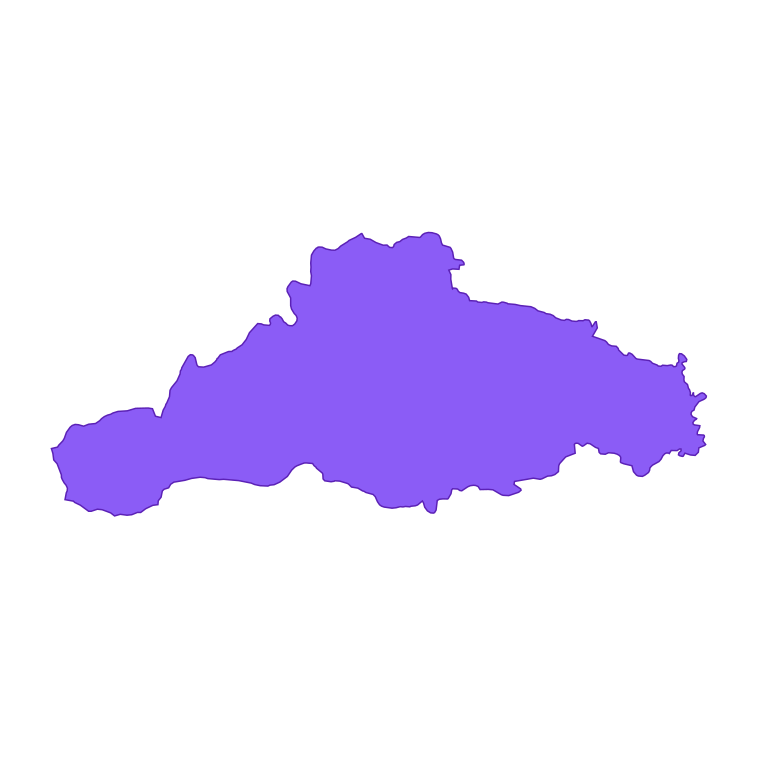 Orotina, Alajuela, Costa Rica (orthographic projection), rotated 185°
{"feature_id": "36466004B51019647816434", "entity_name": "Orotina", "entity_type": "district", "adm_level": 2, "iso_a3": "CRI", "parent_name": "Costa Rica", "parent_adm1": "Alajuela", "projection": "orthographic", "projection_center": [-84.58, 9.893], "detail": "fine", "context": "isolated", "style": "filled", "palette": "violet", "viewbox_px": 768, "rotation_deg": 185, "n_neighbors": 0, "source": "geoboundaries", "source_scale": "gbopen_adm2", "svg_char_len": 6071}
<svg xmlns="http://www.w3.org/2000/svg" viewBox="0 0 768 768"><g transform="rotate(185 384 384)"><path d="M691.7,241.0L683.1,240.2L681.9,239.1L675.9,236.8L667.2,231.5L664.6,231.7L658.6,234.3L653.8,234.2L645.1,231.8L640.9,229.1L635.4,231.2L628.6,230.9L623.9,231.8L618.4,234.6L615.2,234.8L610.5,239.0L603.7,243.0L598.7,244.1L598.7,248.0L596.2,251.8L595.5,258.1L593.9,260.0L589.5,261.8L587.8,265.5L584.8,267.9L574.0,270.7L567.4,273.2L559.0,275.1L554.0,275.1L551.3,274.4L539.7,274.4L535.5,275.1L520.3,275.1L507.6,273.7L504.2,272.6L498.6,271.9L490.7,272.2L488.8,273.3L484.7,274.1L479.2,277.2L472.2,283.5L468.5,290.1L465.7,293.4L463.7,294.9L459.3,297.1L456.7,298.3L454.7,298.6L448.2,298.6L446.6,296.6L444.3,295.0L444.0,294.3L437.7,289.9L437.1,288.9L436.4,284.1L434.6,282.4L428.2,282.0L425.1,282.8L424.6,283.3L419.6,283.4L412.0,281.8L410.7,281.3L407.4,278.5L401.0,278.0L396.0,275.6L394.6,275.4L392.7,274.4L385.2,273.0L382.9,271.0L380.2,266.1L377.9,263.3L375.8,262.1L373.1,261.4L365.2,261.0L361.1,261.8L357.2,263.2L354.4,263.2L351.9,263.9L347.6,263.9L346.4,264.6L342.2,265.4L340.0,266.4L335.6,270.8L334.3,269.0L332.7,264.8L329.7,261.4L326.3,259.7L323.5,259.7L322.4,260.3L321.1,263.0L320.8,272.6L318.8,274.0L315.2,274.7L310.7,275.0L310.1,275.4L307.7,280.5L307.3,284.5L306.5,285.6L301.4,285.8L299.1,284.5L297.2,284.4L291.6,288.9L289.2,290.2L286.1,290.9L283.8,290.9L281.3,290.1L279.1,287.2L270.9,288.1L266.3,288.1L257.4,283.9L255.6,283.5L250.0,283.7L240.4,287.9L238.2,290.1L238.7,291.4L245.7,295.3L245.5,298.3L227.0,303.2L220.2,302.7L218.4,303.3L213.0,306.5L209.1,307.2L205.9,308.7L202.6,311.9L202.8,317.8L202.1,320.0L197.2,326.5L196.5,327.3L187.5,331.7L189.1,340.4L188.4,341.4L187.2,341.8L185.4,341.8L181.1,339.3L179.9,339.8L176.5,342.7L173.4,342.4L167.8,339.3L164.8,338.5L163.7,334.6L162.1,333.3L157.5,333.3L154.3,335.1L148.7,335.1L145.6,334.4L143.2,333.3L142.1,332.1L141.7,331.1L141.7,327.0L141.1,326.3L138.0,325.4L129.9,324.2L127.8,318.4L124.5,315.2L122.7,314.5L118.5,314.5L116.2,315.9L112.8,318.9L111.9,321.1L111.8,323.4L110.9,324.9L109.4,326.6L103.3,330.7L101.4,333.3L99.9,336.9L98.2,339.0L96.6,339.9L94.3,340.0L93.8,339.6L92.1,342.8L86.2,343.2L84.0,345.0L82.5,345.1L82.2,343.4L84.2,341.2L84.5,339.1L83.1,338.3L80.4,337.9L79.6,338.2L78.2,341.3L72.4,340.0L67.8,340.0L64.9,343.4L64.8,347.8L59.1,350.8L58.3,351.8L61.3,355.0L61.0,357.6L60.2,359.3L60.5,360.6L61.2,361.0L67.2,360.8L67.6,361.4L67.6,363.7L65.8,368.1L65.7,370.0L71.2,370.3L72.5,371.0L72.9,372.6L71.5,374.9L69.7,376.2L69.5,376.8L73.8,378.3L75.4,380.4L75.5,382.2L74.7,383.8L72.9,385.0L72.3,388.2L68.7,393.9L63.4,397.0L62.0,398.5L61.8,400.1L64.2,402.3L66.3,402.9L68.0,402.2L72.4,398.6L73.3,398.6L74.6,399.7L75.0,402.7L76.2,399.4L77.5,399.2L78.0,399.7L78.0,402.1L79.2,405.0L80.3,406.2L81.6,409.9L85.0,412.4L85.6,414.4L85.7,417.6L87.7,419.9L88.2,421.6L87.9,423.3L85.8,425.1L85.6,425.9L85.9,426.7L88.9,429.9L88.8,431.2L86.9,432.3L84.8,432.8L84.5,434.9L87.2,438.1L90.2,440.0L92.3,440.0L93.0,438.4L93.0,435.2L92.3,433.2L92.4,431.4L93.9,430.2L94.2,427.6L95.2,426.8L96.9,426.5L98.7,427.9L100.1,427.9L103.4,427.0L108.1,427.0L109.6,425.8L112.4,425.8L113.5,426.7L118.4,428.1L120.4,429.8L122.0,430.5L133.8,430.9L135.3,431.4L139.4,435.2L141.9,436.3L143.1,436.1L144.0,433.8L145.3,433.5L147.6,433.7L153.2,438.3L153.9,440.0L155.9,441.8L160.5,441.8L162.7,442.5L163.9,443.0L166.0,445.3L167.8,446.5L180.5,449.7L176.4,458.5L178.0,464.5L178.8,464.4L181.6,459.3L182.0,459.3L183.1,462.3L184.7,464.8L185.7,465.5L189.4,465.5L191.2,464.4L195.8,464.1L196.8,463.4L198.1,463.1L202.3,463.1L205.7,464.3L208.0,464.3L209.8,463.1L213.0,463.2L218.7,464.9L221.4,466.9L224.6,468.0L228.7,468.2L230.6,469.2L237.0,470.3L240.4,472.5L244.4,473.8L255.0,474.0L260.3,474.7L267.7,474.7L268.3,475.2L271.9,475.9L273.7,475.9L277.4,473.6L287.6,474.0L289.1,474.5L291.9,474.5L293.5,473.8L297.7,473.8L299.1,474.7L306.0,474.5L307.2,477.7L309.9,480.7L312.5,481.4L316.5,481.7L318.2,483.0L319.3,484.8L320.6,485.6L323.4,485.6L323.9,484.7L324.2,485.0L326.6,494.2L326.9,498.8L329.4,503.1L325.7,504.6L319.3,504.8L319.0,508.9L314.8,509.7L314.6,510.4L315.2,512.1L317.5,514.1L323.9,514.3L325.1,514.9L325.6,515.6L327.1,521.4L329.1,524.9L330.1,525.9L337.8,527.5L339.1,529.7L340.3,533.5L341.8,536.2L343.2,537.4L344.9,538.1L349.4,538.9L353.1,538.8L356.5,537.7L358.6,536.2L360.5,533.5L361.4,533.1L372.3,533.1L374.5,531.4L378.2,529.6L380.7,527.2L383.7,526.2L386.0,523.9L386.4,521.7L387.5,520.6L390.3,520.6L393.1,522.7L396.9,522.2L404.3,524.2L410.3,527.0L416.1,527.5L419.1,531.9L419.7,531.9L425.1,527.6L431.3,524.0L432.7,522.5L439.2,517.6L441.5,514.9L444.5,513.0L448.0,512.8L453.7,513.5L457.5,514.9L460.4,514.8L461.7,514.6L462.0,514.0L463.2,513.5L465.5,510.4L467.5,506.1L467.5,498.1L466.9,494.0L466.8,489.6L465.7,485.5L465.7,477.5L466.4,475.5L475.5,476.6L481.1,478.7L483.9,478.6L485.3,477.4L488.2,472.6L488.9,470.5L488.5,467.7L484.5,461.6L483.8,453.9L482.7,450.7L479.6,446.4L477.5,444.6L476.2,442.1L476.3,439.3L478.2,435.9L480.2,434.1L483.0,433.9L485.1,434.3L487.0,436.0L489.4,437.3L491.2,440.1L492.9,441.8L493.6,441.8L495.2,443.2L498.1,443.2L500.5,441.8L503.3,439.0L503.3,436.8L502.3,434.8L502.5,433.4L503.3,432.4L509.1,432.4L511.4,433.2L515.1,433.2L522.5,423.4L525.1,416.4L528.8,410.7L533.4,407.1L534.2,406.0L537.3,404.2L538.3,403.2L541.7,402.8L549.6,398.8L551.9,395.1L552.5,394.8L552.8,393.5L554.4,391.2L557.6,388.0L565.1,385.1L570.2,385.0L571.3,385.8L572.1,386.9L574.4,393.8L576.3,395.8L577.3,396.3L579.5,396.3L581.5,394.4L586.9,382.5L587.0,381.1L588.0,379.2L588.0,376.3L590.5,369.1L595.3,362.0L596.6,359.1L596.6,352.6L598.8,346.0L599.5,344.8L599.9,342.7L601.7,338.7L603.2,331.1L608.9,332.0L612.5,339.2L616.8,339.5L629.3,338.1L637.4,334.9L646.6,333.5L651.5,331.5L653.7,330.0L656.7,328.9L659.8,327.1L662.4,324.8L664.0,322.7L667.9,319.5L674.7,318.2L679.5,315.8L684.9,316.8L688.2,316.8L691.0,315.5L692.9,313.6L696.1,308.2L697.7,302.1L699.0,299.3L702.7,294.7L703.7,292.7L709.7,290.7L707.8,286.0L706.4,279.6L702.7,276.1L697.5,265.4L697.2,262.8L696.1,260.7L693.9,257.5L691.9,255.5L690.3,252.7L690.3,249.8L691.0,248.0L691.7,241.0Z" fill="#8b5cf6" stroke="#5b21b6" stroke-width="1.5"/></g></svg>